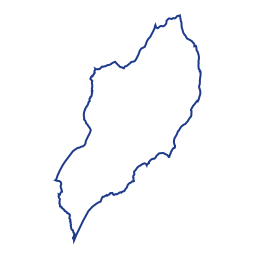 Chíquiza, Boyacá, Colombia (Equal Earth projection)
{"feature_id": "7082276B19361123637584", "entity_name": "Chíquiza", "entity_type": "district", "adm_level": 2, "iso_a3": "COL", "parent_name": "Colombia", "parent_adm1": "Boyacá", "projection": "equal_earth", "projection_center": [-73.45, 5.637], "detail": "fine", "context": "isolated", "style": "outline", "palette": "blue", "viewbox_px": 256, "rotation_deg": 0, "n_neighbors": 0, "source": "geoboundaries", "source_scale": "gbopen_adm2", "svg_char_len": 5712}
<svg xmlns="http://www.w3.org/2000/svg" viewBox="0 0 256 256"><path d="M200.1,78.2L200.6,74.7L200.5,72.9L200.7,72.0L200.5,71.7L199.7,71.5L199.7,71.2L199.9,70.3L199.2,69.3L198.9,69.2L198.8,68.9L198.7,68.2L198.5,67.6L198.6,66.9L198.4,65.2L198.5,64.2L198.7,63.8L198.5,63.1L198.6,62.2L198.4,61.2L198.7,60.7L198.7,59.6L199.0,58.0L199.0,57.4L198.7,55.8L198.5,54.3L198.1,53.6L197.7,51.9L196.9,50.8L196.7,50.5L196.5,49.3L196.4,48.0L196.1,46.1L195.9,45.9L195.6,45.9L194.3,46.3L194.3,46.0L194.5,45.6L194.4,44.6L194.2,44.0L193.9,43.4L193.2,42.9L191.6,40.9L191.2,40.7L186.9,38.4L185.5,35.8L184.2,34.2L183.3,32.7L181.6,26.7L181.5,23.1L181.3,21.9L180.9,21.2L179.9,15.4L178.5,15.9L177.6,16.0L177.1,16.2L176.0,17.5L175.1,18.2L174.5,18.4L173.5,18.1L173.3,18.2L172.8,18.3L172.3,18.7L171.7,19.0L169.8,18.5L168.8,18.5L167.4,19.8L166.6,20.7L166.3,23.1L165.7,24.4L164.3,25.7L163.4,26.2L162.8,26.4L161.5,26.0L160.7,26.0L160.2,26.2L157.9,28.1L157.3,28.2L156.5,27.7L155.9,26.9L155.4,25.1L155.0,26.0L154.9,27.1L154.6,28.1L153.7,30.2L150.3,36.8L149.1,38.0L147.9,39.6L146.7,41.7L146.1,43.6L144.9,46.6L144.5,47.0L141.2,48.6L140.6,49.5L139.6,51.2L138.5,54.5L136.0,59.4L134.7,61.1L133.2,61.7L131.3,61.9L130.7,62.7L126.8,65.9L124.9,66.5L123.8,68.3L121.8,67.3L120.5,67.1L119.9,66.8L119.4,66.3L119.0,65.7L117.8,64.8L116.8,63.6L115.9,62.7L115.4,62.1L115.3,61.9L114.9,61.8L112.0,63.2L111.0,64.1L109.8,64.7L108.3,65.1L107.2,65.2L105.7,66.2L104.4,66.3L103.0,66.8L102.0,66.6L101.6,66.9L101.1,67.7L100.3,68.2L99.9,68.9L99.4,69.2L98.8,69.2L98.1,69.0L97.1,69.3L96.8,69.3L95.8,69.0L95.3,68.7L95.4,69.0L95.2,69.7L94.6,70.7L94.4,71.4L94.5,71.8L94.7,72.3L94.7,72.9L94.1,73.3L93.9,73.5L93.9,74.2L93.6,74.7L93.1,75.1L92.8,75.9L92.5,76.0L92.1,75.8L91.9,76.0L91.8,76.7L91.3,76.7L91.1,76.9L90.8,77.8L90.4,78.5L90.4,78.9L90.6,79.3L91.8,80.3L92.2,80.9L92.3,81.0L92.0,81.9L91.9,82.8L92.2,84.8L92.3,86.2L92.2,87.1L91.8,88.6L92.2,90.2L92.5,90.9L92.3,91.2L91.8,91.2L91.8,91.4L91.8,91.8L92.2,92.9L92.1,93.2L91.7,93.9L91.8,95.1L91.4,95.8L91.4,96.3L91.1,96.7L90.4,97.0L90.3,97.4L90.2,98.2L89.7,98.5L89.6,98.8L89.4,99.7L89.8,100.7L89.8,100.8L89.1,101.8L88.7,101.9L88.6,102.4L87.6,105.2L87.1,105.9L86.8,106.2L86.4,107.0L86.2,107.1L85.6,108.2L85.3,109.0L85.0,109.2L84.9,110.0L84.2,111.9L83.9,113.5L83.8,115.4L84.2,117.8L84.2,118.2L84.0,119.0L84.1,119.5L84.3,119.8L85.0,120.4L85.3,120.8L86.3,123.5L87.5,124.6L87.7,125.1L90.1,128.5L90.7,129.9L90.3,131.7L89.4,133.9L88.4,135.7L85.8,141.1L85.5,143.4L84.6,145.0L83.0,146.3L80.9,146.8L79.6,147.6L78.5,147.7L77.1,148.2L73.0,151.1L65.0,161.7L62.6,165.4L59.8,170.6L57.6,175.4L56.3,179.3L55.3,180.2L57.4,180.9L59.1,181.0L60.3,181.7L60.6,182.0L60.9,182.5L61.2,183.5L61.2,184.2L61.0,184.9L60.7,185.6L60.7,186.9L61.0,188.1L61.5,189.2L61.4,189.8L61.8,190.5L62.0,191.6L61.5,191.6L60.8,192.6L60.1,193.9L59.9,194.7L59.2,194.6L58.8,194.4L59.0,195.3L58.7,195.7L58.5,196.3L59.3,198.3L59.7,198.8L59.9,199.4L59.5,200.7L59.7,202.0L59.3,202.9L59.4,203.4L59.8,204.0L59.9,204.3L59.9,204.8L59.9,205.4L60.0,206.4L60.2,206.6L61.4,206.7L61.6,207.1L61.7,207.9L62.5,208.3L62.9,208.7L63.4,209.0L63.6,209.6L64.4,210.1L64.8,211.1L65.3,211.2L66.2,211.6L67.0,212.9L67.3,213.1L67.6,212.9L67.8,213.0L68.3,213.6L69.1,214.0L69.3,214.5L69.7,214.6L69.9,215.0L69.8,216.2L69.4,217.5L69.4,218.4L69.5,218.7L70.1,219.1L70.4,219.8L70.3,220.7L70.0,221.3L70.1,221.5L70.6,221.8L70.7,222.2L70.5,223.2L71.0,224.5L70.9,224.8L70.7,225.1L71.3,228.8L71.7,229.4L71.8,229.7L72.8,230.1L73.2,231.3L73.2,231.7L73.2,232.0L73.4,232.2L73.9,233.2L74.4,233.5L74.5,233.7L74.5,234.1L74.1,234.9L74.0,236.0L73.8,236.5L72.9,237.9L73.0,238.4L73.8,239.1L74.0,240.6L76.1,235.4L83.2,220.6L88.4,211.1L92.1,207.0L96.1,203.9L98.0,202.7L100.7,201.5L100.8,200.8L101.0,200.4L101.5,199.0L102.6,196.8L103.6,196.8L104.2,196.5L105.7,195.6L106.0,195.6L106.3,195.7L106.7,195.6L107.1,195.6L107.1,195.3L107.3,195.4L107.7,195.2L107.9,195.0L108.9,194.5L109.4,194.5L110.1,193.5L110.2,193.2L110.6,193.0L111.2,193.0L111.7,193.2L112.4,193.0L112.6,193.2L113.1,194.4L113.5,194.8L114.0,194.9L114.6,194.7L115.2,194.3L115.6,194.1L117.0,194.3L119.9,192.4L120.8,192.2L121.2,192.6L121.5,192.2L121.9,192.1L122.5,191.6L124.2,191.1L124.9,190.2L125.5,189.0L126.7,187.7L127.8,184.9L128.8,183.7L129.6,183.1L130.4,182.9L132.2,181.4L133.4,181.4L134.0,181.0L133.4,179.6L133.5,177.8L133.1,177.1L133.3,175.8L133.9,175.2L134.4,174.1L134.4,173.8L134.0,172.2L134.0,171.9L134.2,171.6L135.1,170.5L135.6,170.1L137.1,167.8L137.5,167.4L139.0,166.1L140.5,165.5L141.2,164.8L141.6,164.7L141.9,164.3L143.3,163.8L144.0,163.4L144.3,163.3L144.8,163.4L145.9,163.9L146.2,164.2L146.7,165.2L146.9,164.4L147.5,164.2L148.1,163.5L148.6,163.5L148.9,163.3L148.8,162.5L149.0,161.8L149.4,161.7L149.8,160.9L151.2,159.5L152.0,159.1L152.5,159.1L153.2,158.6L154.1,158.8L154.5,158.6L155.4,157.8L156.6,155.6L157.4,155.1L159.0,153.4L160.5,153.2L162.8,153.0L163.5,153.1L164.2,153.4L164.8,153.9L165.9,154.3L167.5,155.1L168.4,156.4L168.7,157.0L168.9,157.1L169.2,157.0L170.3,153.9L170.6,153.4L171.0,152.0L171.3,151.3L171.7,150.9L172.2,149.8L173.6,147.9L174.1,147.8L174.6,147.9L174.8,147.5L175.0,146.9L175.0,145.6L174.6,145.1L174.4,144.3L174.2,143.5L173.8,142.3L174.0,141.6L174.0,140.4L174.6,138.1L176.0,135.8L176.7,134.5L177.5,132.6L177.8,131.6L178.1,131.2L178.9,130.5L180.6,127.5L181.7,126.2L184.2,124.4L185.1,124.2L185.5,123.8L186.5,122.6L187.5,121.5L189.3,118.6L190.6,116.8L190.9,116.7L191.4,115.2L191.3,113.7L191.5,112.7L191.4,111.8L191.5,110.8L191.3,110.5L191.0,110.3L191.1,110.0L191.1,109.5L191.3,109.0L193.2,105.8L194.4,104.4L195.4,103.1L197.2,100.8L197.8,101.3L198.6,99.7L199.6,96.0L200.1,94.8L200.2,93.7L200.4,93.2L200.1,90.4L199.7,89.0L199.4,88.4L199.3,87.6L199.0,86.7L199.8,83.8L199.9,81.6L199.8,80.6L200.1,78.2Z" fill="none" stroke="#1e3a8a" stroke-width="2"/></svg>